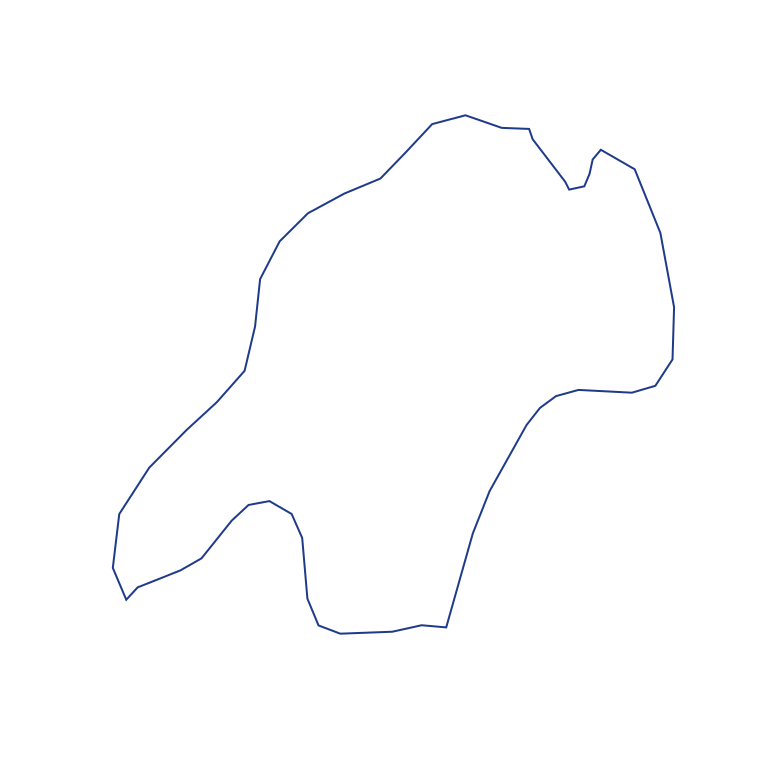 SVG path tracing the border of Balakən, rotated 170°
{"feature_id": "AZE-1723", "entity_name": "Balakən", "entity_type": "District", "adm_level": 1, "iso_a3": "AZE", "parent_name": "Azerbaijan", "parent_adm1": "", "projection": "mercator", "projection_center": [46.43, 41.723], "detail": "fine", "context": "isolated", "style": "outline", "palette": "blue", "viewbox_px": 768, "rotation_deg": 170, "n_neighbors": 0, "source": "natural_earth", "source_scale": "10m", "svg_char_len": 786}
<svg xmlns="http://www.w3.org/2000/svg" viewBox="0 0 768 768"><g transform="rotate(170 384 384)"><path d="M365.0,133.5L388.9,139.9L418.9,138.6L470.4,145.7L490.4,157.6L496.7,185.9L491.3,246.6L497.5,272.0L517.2,288.6L538.4,288.4L557.7,275.9L594.0,244.0L616.9,235.8L661.9,226.5L675.3,216.3L683.0,250.0L667.3,301.9L629.7,342.4L586.4,373.0L551.7,395.2L519.0,421.2L501.0,463.0L487.8,508.8L462.0,542.6L429.2,565.4L390.1,578.4L351.8,587.0L321.9,608.7L291.4,631.6L257.2,634.5L223.6,615.8L196.8,610.0L195.1,599.2L170.4,551.6L167.9,543.3L152.4,543.9L145.1,555.2L139.5,568.9L129.8,577.0L99.8,551.9L85.6,484.8L85.0,409.2L95.6,358.1L117.1,335.1L141.4,332.4L193.5,344.4L216.7,342.2L234.5,333.4L250.7,318.9L298.6,260.2L322.5,221.4L365.0,133.5Z" fill="none" stroke="#1e3a8a" stroke-width="2"/></g></svg>